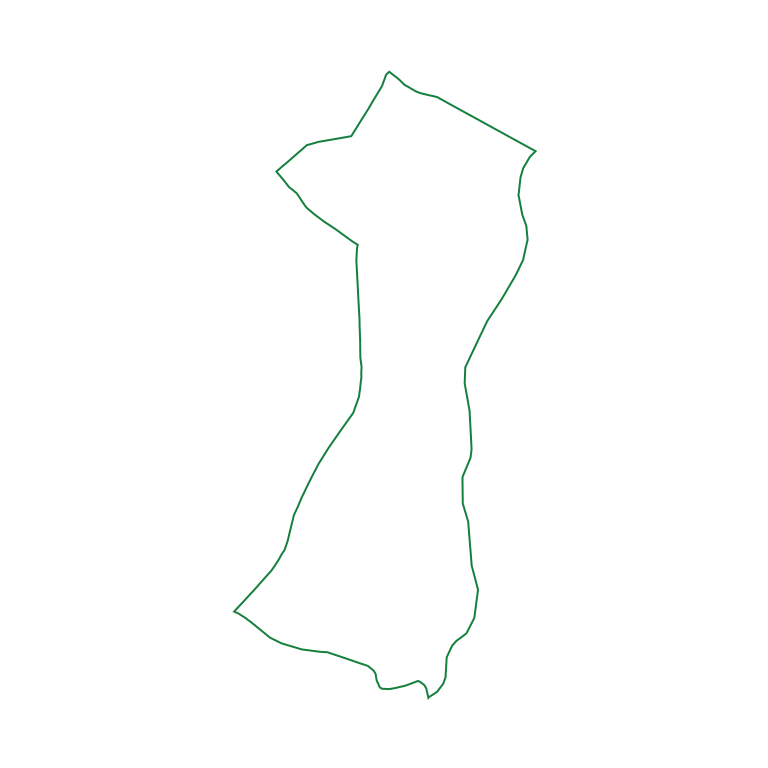 Kota Palangka Raya, Kalimantan Tengah, Indonesia, rotated 209°
{"feature_id": "22746128B5087893857208", "entity_name": "Kota Palangka Raya", "entity_type": "district", "adm_level": 2, "iso_a3": "IDN", "parent_name": "Indonesia", "parent_adm1": "Kalimantan Tengah", "projection": "robinson", "projection_center": [113.758, -2.011], "detail": "fine", "context": "isolated", "style": "outline", "palette": "green", "viewbox_px": 768, "rotation_deg": 209, "n_neighbors": 0, "source": "geoboundaries", "source_scale": "gbopen_adm2", "svg_char_len": 4726}
<svg xmlns="http://www.w3.org/2000/svg" viewBox="0 0 768 768"><g transform="rotate(209 384 384)"><path d="M193.2,131.2L193.2,131.3L189.9,137.5L188.3,140.5L188.2,141.6L187.5,146.3L186.9,150.7L186.9,150.8L187.2,152.6L188.0,157.4L189.0,159.4L192.3,166.4L192.4,166.5L196.5,175.0L196.7,175.4L196.7,175.5L196.7,175.8L197.1,181.7L197.3,184.2L197.3,184.3L197.4,186.0L197.4,187.0L197.5,188.5L197.1,190.0L196.2,194.2L194.8,197.4L194.7,197.5L191.6,204.5L191.0,205.7L191.6,223.2L192.1,224.5L201.3,247.8L202.1,249.8L204.0,251.7L204.1,251.8L205.1,252.9L205.2,253.0L207.5,255.4L209.8,257.8L211.7,259.8L212.1,260.2L219.4,267.8L219.8,268.4L220.6,269.7L220.8,269.9L220.8,270.0L227.8,280.6L229.7,283.3L230.1,284.0L231.5,286.1L233.7,289.4L243.6,304.4L252.1,312.7L252.2,312.8L257.3,317.8L259.1,321.1L259.2,321.3L259.8,322.4L260.4,323.3L262.1,326.3L269.0,338.4L269.0,338.6L270.2,340.6L271.0,347.5L272.5,361.0L272.6,361.5L274.0,365.0L274.3,365.7L274.3,365.8L275.9,369.6L277.4,372.0L278.7,374.1L282.3,379.9L285.4,384.8L285.6,385.2L285.7,385.3L296.6,402.7L297.0,403.1L297.6,403.8L299.6,406.3L301.0,408.0L313.7,423.6L321.0,438.0L322.1,455.2L323.0,469.3L324.2,489.0L324.2,489.6L323.7,496.0L322.2,515.5L322.2,517.0L321.7,536.1L321.6,543.0L321.7,546.1L322.5,560.0L325.9,571.3L328.3,579.7L336.2,591.3L336.4,591.5L345.0,599.0L353.9,609.6L356.4,612.7L357.8,614.1L364.8,631.0L366.7,639.5L366.9,640.2L366.5,653.7L365.0,658.7L364.3,661.1L364.5,661.1L461.2,660.7L461.4,660.7L476.7,660.7L480.6,659.6L481.0,659.5L481.7,659.3L482.2,659.1L490.0,656.9L493.3,656.0L497.8,655.4L503.3,655.5L505.8,655.6L511.2,655.6L518.7,657.7L530.8,659.6L531.1,658.6L531.3,658.1L531.6,657.1L531.8,656.7L532.1,655.6L531.2,650.1L530.9,647.7L530.7,646.9L530.5,645.5L530.4,644.9L530.2,643.4L530.8,628.1L531.1,615.9L531.2,615.2L531.2,614.8L531.2,614.6L531.5,609.1L531.6,608.2L532.2,595.9L532.3,593.9L532.5,590.4L532.8,584.9L534.6,583.4L556.7,565.6L556.9,565.5L558.3,564.3L558.8,563.9L562.1,560.6L565.0,557.7L565.3,557.5L566.3,556.4L567.3,555.5L568.6,551.9L568.7,551.5L577.4,527.5L577.5,527.3L578.0,526.2L581.1,517.6L580.9,517.5L572.6,514.4L572.1,514.2L571.0,513.8L562.5,510.2L559.4,509.7L552.8,508.5L549.6,506.9L549.3,506.8L549.2,506.7L548.9,506.5L545.5,504.7L538.8,501.3L536.0,500.4L527.5,498.7L521.5,497.9L520.8,497.8L515.4,497.0L509.8,496.6L509.6,496.6L500.6,495.8L494.0,495.0L484.4,493.8L482.1,493.5L480.0,493.3L477.8,493.2L477.6,493.2L474.5,493.0L474.5,492.9L472.9,488.5L467.8,478.1L466.5,476.1L465.2,474.1L463.6,471.5L453.4,455.2L445.3,442.2L443.4,439.2L440.0,433.8L437.2,429.4L433.7,423.3L426.5,411.4L426.4,411.4L426.4,411.2L426.2,411.0L426.2,410.9L425.9,410.5L425.9,410.4L425.4,409.5L424.3,407.6L422.1,403.7L417.7,396.0L417.6,395.8L417.4,395.5L417.3,395.4L413.2,389.8L411.7,387.7L408.8,381.8L407.1,379.1L406.1,376.6L404.7,373.1L404.5,372.6L402.9,368.9L402.3,367.6L401.7,365.7L400.1,361.8L400.1,361.7L399.8,360.9L399.7,360.7L399.4,358.6L399.1,357.1L398.9,356.2L397.9,349.6L396.9,344.2L397.3,340.5L397.7,337.1L398.6,328.9L398.9,326.5L398.9,326.4L399.4,321.9L399.5,321.2L399.7,319.2L400.0,316.1L401.5,301.2L402.4,284.5L402.5,282.8L402.5,282.1L402.5,281.8L402.5,281.7L402.5,281.1L402.3,275.6L402.2,270.3L401.9,262.0L401.5,254.2L401.3,251.9L401.0,245.4L399.8,234.4L399.4,227.9L399.2,225.4L399.1,225.1L399.1,224.9L399.0,224.7L398.3,222.2L398.0,221.3L397.7,220.2L397.2,218.3L397.0,217.7L396.8,216.7L395.4,211.7L395.1,210.4L392.4,200.9L391.7,197.4L390.8,192.0L390.5,190.8L390.8,187.5L391.0,183.8L390.9,181.3L390.9,181.2L390.9,179.5L391.5,171.6L392.0,166.3L392.0,166.2L396.1,148.2L396.5,146.1L398.0,139.8L398.0,139.5L398.1,139.1L398.4,137.9L398.5,137.8L401.0,127.4L401.7,124.6L404.1,115.0L404.7,112.3L402.2,112.5L401.9,112.6L400.3,112.7L399.7,112.7L395.7,112.4L395.3,112.4L394.9,112.4L393.6,112.3L391.5,112.2L390.1,112.0L389.6,111.9L388.5,111.6L388.4,111.6L387.8,111.6L387.0,111.6L384.6,111.2L375.8,109.6L370.2,108.6L367.3,108.1L363.8,107.4L362.4,107.2L361.6,107.0L361.2,107.0L360.9,106.9L359.6,107.0L359.2,107.0L357.6,107.0L356.5,107.1L356.3,107.1L349.6,107.4L347.9,107.5L341.0,109.0L340.9,109.0L336.4,110.0L332.8,110.8L327.2,112.0L312.6,117.8L310.1,118.8L309.8,118.9L309.5,119.0L309.4,119.1L303.6,121.9L292.3,124.0L290.9,124.3L287.4,124.9L271.1,127.8L268.9,128.2L265.8,128.8L261.5,129.6L261.4,129.6L259.1,129.2L254.1,128.3L253.9,128.2L252.7,127.5L250.8,126.4L249.1,124.2L246.7,121.2L240.5,116.6L240.4,116.6L239.5,116.6L238.7,116.6L237.9,116.5L237.3,116.8L237.0,117.0L231.9,119.5L231.1,120.0L227.8,122.7L226.7,123.6L226.0,124.2L222.2,127.7L219.3,130.2L219.2,130.3L218.2,131.5L217.7,132.1L212.9,137.7L212.8,137.8L211.2,139.7L210.3,140.8L210.1,140.8L208.8,140.9L207.8,140.9L207.5,140.9L203.7,140.4L202.9,140.3L199.4,138.2L193.2,131.2Z" fill="none" stroke="#15803d" stroke-width="2"/></g></svg>